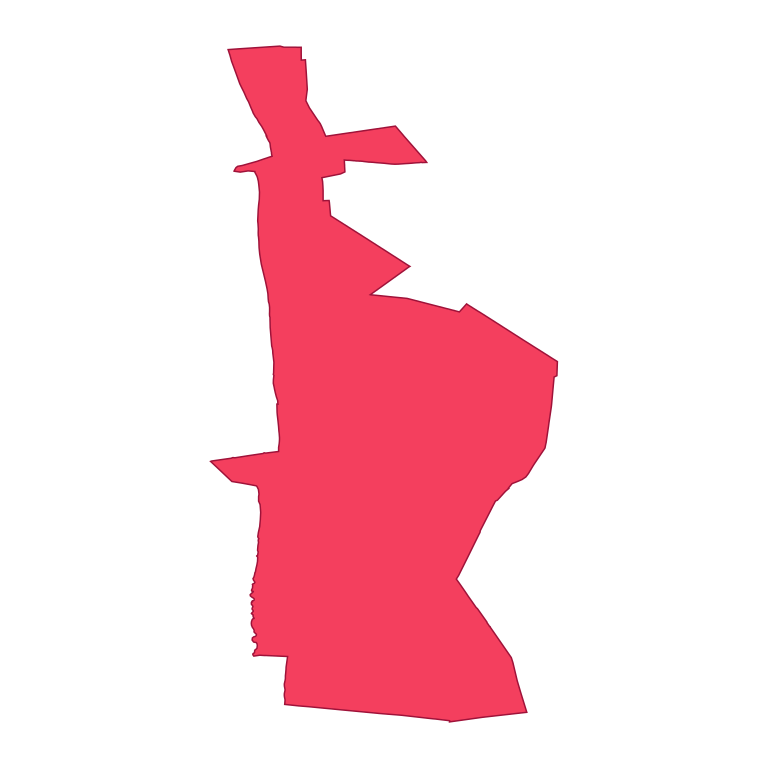 Salacgrīva, Salacgrivas, Latvia (Equal Earth projection)
{"feature_id": "27541924B36810764356206", "entity_name": "Salacgrīva", "entity_type": "district", "adm_level": 2, "iso_a3": "LVA", "parent_name": "Latvia", "parent_adm1": "Salacgrivas", "projection": "equal_earth", "projection_center": [24.355, 57.764], "detail": "fine", "context": "isolated", "style": "filled", "palette": "rose", "viewbox_px": 768, "rotation_deg": 0, "n_neighbors": 0, "source": "geoboundaries", "source_scale": "gbopen_adm2", "svg_char_len": 5869}
<svg xmlns="http://www.w3.org/2000/svg" viewBox="0 0 768 768"><path d="M228.1,49.6L230.0,55.4L231.6,61.3L233.8,67.2L236.6,74.9L239.8,83.8L241.6,87.5L244.0,92.3L246.7,98.5L248.6,101.9L251.0,107.8L252.5,111.2L253.2,113.1L255.3,116.7L256.9,118.6L259.0,122.5L261.7,126.4L263.6,129.8L266.6,135.7L266.7,135.9L266.2,136.0L267.1,137.9L268.5,140.6L268.8,141.1L269.3,141.8L269.6,142.3L269.8,142.8L270.0,143.4L270.1,144.0L270.4,147.0L271.3,151.8L271.5,152.5L271.5,153.7L271.6,154.3L272.1,156.2L264.0,158.9L256.8,161.4L242.2,165.5L237.7,166.3L236.0,167.6L234.2,170.7L234.1,171.2L240.3,172.1L248.1,170.9L254.9,171.5L254.9,172.3L256.4,175.1L257.1,176.5L257.4,177.5L257.7,178.5L257.9,179.5L258.3,181.0L258.8,184.8L259.2,188.9L259.5,192.1L259.3,199.3L258.6,205.2L258.2,210.0L257.9,216.8L257.7,220.9L258.0,223.7L258.3,228.9L258.2,232.8L258.3,235.8L258.5,236.8L258.9,241.3L259.0,245.3L259.1,247.9L259.7,254.0L261.3,264.1L265.4,281.0L267.1,289.0L267.9,293.7L268.2,298.8L268.5,301.8L269.2,303.9L269.6,307.5L269.6,311.2L269.5,313.9L269.6,316.0L270.0,317.5L270.0,319.4L270.1,322.7L270.2,327.6L271.7,346.0L272.2,347.8L272.7,350.5L272.8,353.0L273.9,362.2L273.6,373.0L273.3,374.4L273.6,375.0L273.9,375.3L273.4,379.6L273.3,383.3L274.2,387.4L274.5,389.1L275.4,393.1L276.4,396.9L277.7,400.7L277.9,403.7L278.0,404.1L276.9,404.1L277.0,409.1L277.1,412.5L277.3,415.0L277.9,420.1L278.5,425.9L278.6,427.1L278.9,431.0L279.2,433.5L279.5,437.7L279.5,439.5L279.4,441.2L279.2,443.6L278.6,447.5L278.6,451.5L268.0,452.8L265.7,453.1L264.1,452.8L263.1,453.5L248.9,455.6L234.8,457.8L233.2,457.6L232.3,457.7L231.4,458.2L221.5,459.6L211.7,461.0L210.6,461.4L231.9,481.5L242.3,483.2L250.5,484.7L256.1,485.8L256.8,486.2L258.4,489.4L259.0,494.1L258.6,496.5L258.6,501.2L258.9,501.8L259.4,503.0L260.1,504.6L260.7,512.4L260.3,520.0L259.7,526.6L258.4,532.4L257.8,536.5L258.0,537.4L258.3,537.9L258.6,538.3L258.8,538.6L258.7,539.0L258.4,539.3L258.2,540.7L258.5,542.2L258.2,544.3L258.0,545.0L257.6,549.5L257.6,550.7L258.2,551.7L257.9,553.7L257.6,555.5L257.0,555.6L256.7,556.0L257.0,556.4L257.5,556.8L257.7,557.5L257.5,561.5L256.9,564.9L256.0,568.6L255.4,572.0L255.1,572.3L254.9,572.8L254.6,574.5L254.3,575.7L254.0,576.8L253.4,578.0L253.0,578.6L253.2,579.2L253.5,580.1L254.6,581.7L254.9,582.3L254.4,583.3L253.4,583.6L252.8,584.0L252.4,584.4L252.7,585.0L252.5,588.0L251.5,590.2L251.7,591.0L253.2,591.4L253.3,591.7L250.2,594.6L250.3,595.8L251.8,597.1L253.7,598.3L254.1,598.7L254.2,599.3L254.2,599.7L254.0,600.2L253.5,600.7L252.4,600.8L251.8,601.7L252.1,602.0L251.6,602.3L251.3,602.8L251.5,604.6L252.4,605.3L252.9,606.7L252.1,608.3L252.1,609.1L252.3,609.6L253.1,610.4L253.3,611.2L252.5,612.2L251.9,612.8L251.4,613.5L251.6,613.8L252.2,614.0L252.4,614.4L252.7,614.8L253.2,615.1L253.1,615.6L253.1,616.4L253.3,617.1L253.9,617.9L254.1,618.2L254.0,618.5L252.9,618.8L252.2,619.6L251.5,621.6L251.3,623.2L251.5,625.2L252.5,627.6L253.3,628.5L253.9,629.7L254.2,630.8L254.0,631.9L255.5,633.5L256.4,634.3L256.3,635.5L255.4,636.4L253.8,636.8L252.4,637.9L252.1,640.0L253.6,642.0L254.7,642.3L256.2,642.5L256.9,643.5L257.3,645.1L257.2,646.5L256.9,648.4L256.3,649.0L255.1,649.8L254.6,650.9L254.6,652.1L254.3,652.8L253.2,653.5L252.8,654.1L253.0,655.0L253.8,656.1L256.5,655.7L259.8,655.2L264.1,655.5L264.5,655.5L265.3,655.5L265.8,655.5L272.5,655.8L287.6,656.5L286.1,667.1L286.0,669.5L285.7,673.0L285.4,675.8L285.4,678.3L285.3,679.2L285.1,680.5L284.8,681.7L284.6,682.7L284.4,683.4L284.3,684.6L284.4,686.2L284.8,688.3L285.0,689.3L285.0,690.4L284.8,691.4L284.6,692.3L284.4,693.2L284.3,694.1L284.3,695.6L284.5,697.2L284.8,698.5L285.0,699.6L285.0,700.9L284.8,703.2L284.7,704.4L298.8,705.9L308.7,706.7L339.8,709.7L377.8,713.3L378.5,713.4L388.4,714.2L398.5,715.0L402.0,715.3L432.9,718.8L435.4,719.0L449.6,720.7L449.5,721.9L482.4,717.3L507.2,714.5L526.8,712.3L520.9,693.2L517.2,680.7L512.9,662.6L511.3,657.6L494.5,633.3L489.9,626.7L490.0,626.6L489.9,626.5L489.4,626.2L488.5,624.8L487.0,622.7L487.0,622.2L485.6,620.2L479.1,611.0L477.4,608.6L476.2,607.6L472.3,602.0L468.2,596.2L465.6,592.3L462.7,588.1L459.0,582.8L456.3,579.1L458.6,575.5L469.1,554.4L474.4,543.6L475.3,541.8L478.8,534.7L480.0,532.4L480.3,530.6L491.2,509.3L491.3,509.1L492.4,506.9L495.5,501.0L497.4,500.2L505.3,491.5L505.4,491.4L507.7,489.4L508.7,488.6L508.3,488.4L508.5,488.0L512.1,483.6L514.7,482.6L515.0,482.5L518.2,481.2L522.1,479.5L523.7,478.4L525.8,477.0L528.4,473.6L532.9,466.1L534.1,464.2L544.9,448.2L545.2,447.1L545.4,445.9L545.9,443.5L546.1,442.7L548.2,428.4L548.5,426.4L548.9,423.2L551.3,407.0L551.6,404.4L553.1,387.7L554.1,377.0L556.9,375.7L557.4,361.6L551.2,357.7L548.1,355.7L523.4,340.1L502.6,326.8L490.9,319.3L479.9,312.3L477.5,310.9L467.7,304.7L466.6,303.9L459.4,311.9L407.1,298.4L388.9,296.6L379.3,295.6L370.7,294.8L370.3,294.7L408.7,267.1L409.9,266.4L408.1,265.3L402.0,261.4L392.5,255.3L363.8,236.9L330.6,215.8L330.2,211.6L330.2,211.4L329.4,202.5L329.1,200.5L323.1,200.7L323.1,190.6L322.9,186.1L322.6,181.6L321.9,177.7L339.2,174.2L340.6,173.9L344.9,171.9L344.6,166.3L344.6,165.0L344.5,163.8L344.4,162.5L344.4,160.7L344.3,160.0L346.2,160.2L348.0,160.3L349.2,160.3L350.4,160.4L351.5,160.5L352.7,160.6L353.5,160.7L354.5,160.7L355.7,160.9L356.9,161.0L358.1,161.0L359.2,161.1L360.2,161.1L361.3,161.2L362.6,161.3L363.8,161.5L366.4,161.8L368.9,162.1L370.0,162.1L371.1,162.2L372.9,162.3L375.8,162.6L378.2,162.8L383.5,163.2L391.1,164.0L394.8,164.2L398.3,164.1L405.5,163.6L409.0,163.4L412.7,163.1L416.2,162.8L418.3,162.7L419.9,162.6L421.1,162.3L422.0,162.6L426.7,162.4L425.6,160.8L404.0,136.2L403.2,135.2L395.4,126.1L344.1,133.6L325.8,136.3L325.4,135.5L322.7,129.1L321.6,126.5L320.2,123.6L318.8,121.6L317.8,120.4L312.8,112.9L310.2,109.0L309.5,108.0L306.0,101.0L305.9,100.2L306.5,95.4L307.3,89.3L306.3,73.1L305.4,59.8L301.3,60.1L301.2,52.7L301.2,47.3L297.1,47.3L295.9,47.2L284.4,47.2L283.9,47.2L280.0,46.1L237.8,48.9L228.1,49.6Z" fill="#f43f5e" stroke="#9f1239" stroke-width="1.5"/></svg>